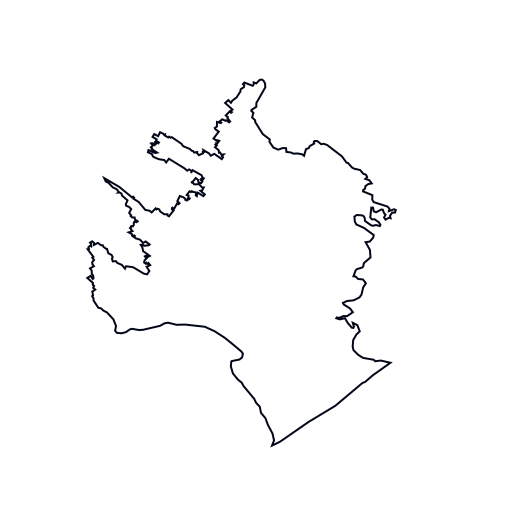 outline of Bantul, Yogyakarta, Indonesia, rotated 301°
{"feature_id": "22746128B15956982783625", "entity_name": "Bantul", "entity_type": "district", "adm_level": 2, "iso_a3": "IDN", "parent_name": "Indonesia", "parent_adm1": "Yogyakarta", "projection": "equal_earth", "projection_center": [110.384, -7.898], "detail": "fine", "context": "isolated", "style": "outline", "palette": "ink", "viewbox_px": 512, "rotation_deg": 301, "n_neighbors": 0, "source": "geoboundaries", "source_scale": "gbopen_adm2", "svg_char_len": 6162}
<svg xmlns="http://www.w3.org/2000/svg" viewBox="0 0 512 512"><g transform="rotate(301 256 256)"><path d="M289.3,109.9L289.7,114.5L288.3,116.2L288.2,118.0L288.9,122.7L291.0,128.0L289.9,130.8L294.5,131.3L294.3,149.5L293.7,153.1L295.8,154.1L295.6,157.1L293.7,157.6L296.9,157.4L297.2,167.8L295.5,170.1L295.7,171.2L294.1,171.1L294.2,169.4L292.9,169.1L292.2,171.6L290.2,171.5L289.4,168.9L291.3,167.1L291.8,164.2L286.6,163.4L285.8,162.3L286.2,164.7L285.6,166.1L288.2,170.3L287.0,174.5L287.8,175.9L284.6,176.1L283.3,174.8L282.4,180.4L280.2,180.1L280.3,173.3L278.9,172.6L278.6,173.8L276.8,174.4L277.0,173.1L279.7,172.3L278.7,169.4L279.3,169.4L278.5,169.0L278.5,167.6L277.3,167.3L277.2,165.7L272.7,165.2L273.1,167.1L270.8,168.0L271.2,169.5L270.4,169.5L269.4,167.1L269.8,168.9L268.0,168.2L267.7,166.6L268.6,165.8L268.9,163.6L268.2,159.8L262.6,160.3L261.8,163.3L260.4,162.8L260.4,161.3L254.2,161.5L254.4,159.4L253.8,159.3L252.7,159.9L252.6,161.9L245.2,161.0L245.2,159.3L246.2,158.6L244.5,155.8L244.8,151.1L246.1,149.0L245.7,147.2L244.7,146.6L245.2,145.5L239.6,144.1L240.0,141.5L238.5,137.4L241.9,127.6L242.0,121.4L243.2,121.5L243.6,120.1L242.4,119.3L244.8,103.3L244.6,85.8L242.5,88.9L242.8,91.8L241.1,97.8L241.5,102.2L240.2,105.4L239.4,105.2L240.2,106.3L240.2,108.6L238.8,110.0L237.5,117.2L233.2,117.8L232.2,118.8L232.7,121.9L232.0,124.8L227.6,125.1L226.6,128.0L225.7,127.9L225.3,130.2L226.5,132.1L224.4,134.1L225.1,135.9L224.7,136.8L223.3,136.0L223.1,134.4L221.9,134.0L219.5,135.3L218.0,135.2L217.5,133.7L215.3,133.6L215.5,134.4L214.6,134.7L213.7,137.3L210.7,134.7L210.9,138.2L209.5,139.5L209.4,140.8L210.9,140.9L210.8,141.8L209.5,141.6L209.2,143.9L210.3,148.1L209.0,152.5L211.6,153.9L211.1,158.9L210.0,158.6L207.2,154.9L207.4,153.1L206.2,151.5L205.1,153.9L202.0,156.8L201.4,164.9L199.4,163.7L199.8,161.8L198.5,160.9L197.6,163.4L195.1,162.7L192.8,163.4L192.6,165.6L193.8,165.6L193.4,167.7L194.5,167.6L193.7,170.0L190.4,167.8L188.2,172.3L184.2,172.1L183.1,168.9L183.1,156.5L180.3,149.9L177.7,150.2L179.3,145.5L178.6,140.8L179.4,138.5L177.6,136.0L179.5,133.9L181.1,133.9L182.5,131.7L182.3,128.0L185.4,124.6L184.9,123.6L185.4,120.4L186.3,119.1L185.4,117.6L185.8,113.7L182.0,111.4L183.8,110.5L184.2,108.0L182.6,107.1L181.9,106.9L181.5,108.5L179.4,109.7L179.4,108.6L177.2,107.8L175.9,109.2L175.1,108.2L171.5,117.1L170.2,116.6L169.2,119.2L166.3,118.8L164.8,119.9L163.8,122.3L159.9,120.1L158.9,122.6L156.0,124.6L155.4,126.4L153.2,128.2L152.2,127.9L153.7,124.4L150.3,122.7L148.9,130.2L147.3,130.8L147.0,132.6L144.9,132.8L144.4,135.5L141.2,134.0L138.5,136.5L137.2,136.2L136.1,138.5L134.2,139.7L130.4,147.5L131.3,149.9L130.6,153.5L130.9,157.2L128.3,166.3L123.9,172.1L119.4,173.7L118.5,176.3L120.4,180.4L123.7,183.7L128.3,185.8L129.8,187.4L132.3,193.9L134.5,197.1L146.7,209.7L151.0,212.1L153.5,214.9L156.1,223.3L160.8,230.7L169.0,248.6L170.2,259.3L169.8,271.3L168.6,280.0L166.6,292.7L165.5,295.1L161.9,296.3L158.8,295.2L153.4,289.3L152.6,289.3L148.4,291.3L143.5,296.6L140.8,304.0L140.0,309.2L138.2,312.1L132.6,328.1L130.2,331.7L128.8,336.8L124.1,341.1L121.8,347.7L117.5,353.0L112.3,361.6L107.3,366.4L101.8,367.4L109.1,372.2L140.8,386.5L168.6,401.2L201.9,412.6L204.3,414.4L214.0,417.6L233.7,426.2L230.7,416.9L227.2,412.4L227.7,410.3L223.8,400.3L223.9,394.6L225.5,388.1L228.0,385.6L234.0,382.6L240.4,382.5L244.9,383.7L248.9,378.5L248.6,373.4L245.9,376.3L244.5,376.5L243.9,375.0L245.9,369.0L248.5,364.3L244.8,360.4L244.0,356.9L244.9,356.9L245.9,359.3L249.6,361.9L251.3,365.0L257.7,368.0L259.5,363.5L259.6,356.3L260.5,354.7L264.2,357.1L268.3,362.5L273.7,366.0L277.3,366.3L284.1,364.1L289.2,364.2L291.0,359.8L288.9,355.3L289.7,351.9L288.8,350.0L295.0,348.8L296.8,349.3L300.7,352.9L302.3,353.3L305.5,352.1L313.7,354.9L319.9,350.5L324.3,342.8L327.0,346.1L332.1,347.0L334.6,346.1L335.7,334.1L334.7,325.8L336.5,322.9L340.4,320.1L343.0,321.2L345.6,326.3L345.6,327.8L344.5,329.7L342.2,331.3L341.6,338.7L342.1,340.6L344.4,343.0L345.4,346.7L346.8,346.6L348.1,344.1L348.6,338.8L347.1,336.5L347.9,334.1L356.9,329.9L357.7,331.4L355.0,333.9L355.3,336.4L360.4,339.5L361.0,340.8L358.8,343.5L358.1,345.8L355.0,345.9L353.9,348.3L357.2,350.2L357.7,351.9L359.5,350.1L363.3,350.4L364.9,352.8L367.4,352.1L367.2,350.3L362.9,346.8L365.3,346.0L366.1,343.1L362.8,329.1L364.2,326.6L368.1,324.4L366.5,314.5L367.7,313.9L369.9,314.8L372.2,313.8L375.5,315.2L377.8,317.8L379.3,314.1L378.4,310.0L380.8,310.7L382.3,308.5L381.8,305.7L383.3,300.9L381.4,295.2L381.3,292.8L383.1,286.9L382.6,285.6L385.7,278.3L387.8,259.8L387.0,256.1L385.4,254.3L386.1,249.5L384.7,246.9L383.3,246.8L382.4,248.0L378.0,245.5L375.6,245.6L373.4,243.8L366.6,245.6L367.0,243.4L365.2,238.6L363.1,235.6L362.7,232.6L360.9,228.5L363.9,226.2L362.3,223.3L358.6,220.3L357.9,215.1L360.8,208.7L363.0,207.8L364.0,199.0L370.5,186.2L371.9,185.4L372.8,181.3L377.4,180.0L378.0,177.2L378.8,176.9L384.1,179.4L387.4,177.5L405.3,177.1L408.6,174.9L410.2,172.0L410.2,170.0L408.7,168.4L404.1,167.4L403.6,164.6L401.8,165.7L400.2,165.5L398.7,156.7L396.6,156.3L396.4,158.0L394.5,158.7L391.1,157.0L388.8,157.9L382.0,157.7L376.9,155.7L374.4,155.6L375.4,152.0L371.3,150.7L369.4,160.4L367.1,159.3L366.9,161.2L365.9,160.8L366.2,158.9L360.9,157.7L360.6,160.3L359.5,160.5L358.0,164.5L356.7,164.1L357.0,160.5L356.1,160.1L355.8,156.7L352.4,155.4L352.4,157.5L351.8,157.4L350.8,153.5L346.8,155.8L344.5,154.7L343.7,156.0L343.4,160.0L334.8,159.1L334.5,163.0L335.3,163.1L335.7,165.2L332.8,164.8L332.0,163.7L331.1,165.0L330.6,164.4L330.4,165.4L328.2,164.8L327.4,169.6L325.5,171.1L326.2,171.7L325.2,174.2L326.3,175.9L324.1,175.2L323.7,176.9L321.4,176.8L322.1,167.6L318.6,165.6L319.7,163.0L319.7,156.4L318.5,157.8L317.9,156.8L316.7,157.7L313.0,155.1L313.8,152.5L314.8,152.0L312.8,149.7L313.5,148.3L313.1,146.6L313.7,144.3L312.6,137.0L313.8,134.3L314.5,122.6L313.4,121.8L313.6,120.1L312.4,119.7L312.3,115.9L313.3,115.5L312.5,114.9L313.0,113.7L312.7,110.0L308.3,110.4L308.1,106.0L304.8,106.0L304.8,110.8L303.2,111.0L303.3,114.3L302.2,114.2L302.3,111.2L301.5,111.2L301.4,109.9L300.6,113.2L300.3,112.0L298.9,112.0L299.2,108.8L298.5,108.1L297.8,110.8L295.1,109.9L294.7,111.5L293.9,111.5L293.7,118.0L292.3,116.5L291.4,109.3L289.3,109.9Z" fill="none" stroke="#020617" stroke-width="2"/></g></svg>